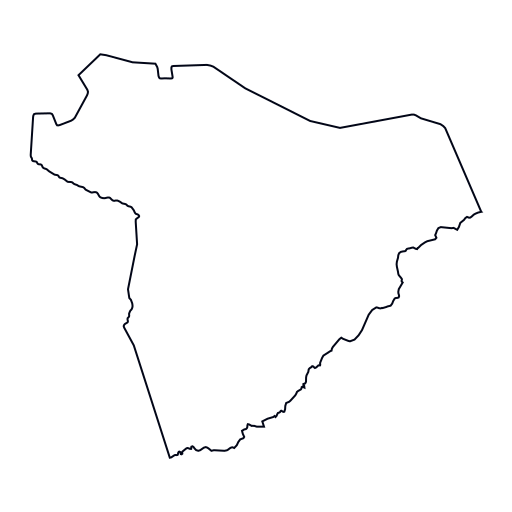 the border of Salamat
{"feature_id": "TCD-1489", "entity_name": "Salamat", "entity_type": "Prefecture", "adm_level": 1, "iso_a3": "TCD", "parent_name": "Chad", "parent_adm1": "", "projection": "mercator", "projection_center": [20.31, 10.611], "detail": "fine", "context": "isolated", "style": "outline", "palette": "ink", "viewbox_px": 512, "rotation_deg": 0, "n_neighbors": 0, "source": "natural_earth", "source_scale": "10m", "svg_char_len": 5199}
<svg xmlns="http://www.w3.org/2000/svg" viewBox="0 0 512 512"><path d="M481.3,211.8L480.8,211.9L478.0,212.6L475.4,213.7L473.8,214.6L471.4,216.8L470.0,217.7L469.0,217.7L467.0,216.9L465.3,218.1L464.0,219.9L460.3,222.9L458.9,227.0L457.2,229.8L453.6,227.9L451.5,228.2L440.8,227.1L438.4,228.1L436.9,230.6L436.0,233.3L435.2,235.1L436.4,237.8L435.1,239.3L427.3,241.2L425.1,242.3L421.1,245.0L418.2,247.9L417.7,248.0L417.1,249.1L415.7,248.8L413.2,247.5L411.9,247.7L409.4,248.4L408.4,248.5L407.0,248.9L406.2,249.8L405.7,250.8L404.9,251.2L403.0,251.4L400.8,251.9L399.1,253.2L398.3,255.2L398.0,257.8L396.9,261.6L396.6,264.2L396.9,266.8L398.0,271.8L398.3,273.9L398.8,275.2L401.0,277.8L401.8,278.9L401.9,279.8L401.6,280.7L401.7,281.5L402.7,282.5L398.8,289.1L398.3,291.8L398.4,293.3L399.0,295.2L399.1,296.2L398.6,297.5L397.3,297.9L395.8,298.0L394.7,298.5L393.2,301.0L392.2,303.6L390.6,305.7L387.3,306.5L386.6,306.9L382.5,308.1L382.0,307.9L380.7,308.4L379.1,308.2L377.5,307.6L376.3,307.4L372.2,310.0L368.7,314.7L362.0,330.1L358.6,335.3L354.5,339.6L350.0,341.3L348.3,340.9L343.0,338.8L341.3,337.7L339.4,339.2L332.9,346.9L331.9,348.7L331.5,350.7L330.5,351.0L323.4,355.6L322.1,357.9L320.2,362.6L320.1,363.1L320.2,364.9L320.0,365.4L319.5,365.4L318.9,365.3L318.4,365.4L316.8,366.9L315.9,367.6L314.9,368.0L314.5,367.7L313.3,366.5L312.7,366.2L312.0,366.3L311.7,366.6L311.5,367.0L311.4,367.2L310.7,367.5L309.8,368.1L309.1,368.8L308.7,369.4L308.3,371.9L306.5,375.4L306.1,377.4L306.0,381.8L305.2,383.4L303.4,384.0L303.4,384.9L304.0,385.5L304.2,385.9L304.4,387.6L302.4,386.7L301.7,387.1L301.5,388.3L300.9,389.4L298.1,391.0L296.9,392.0L296.4,393.4L295.3,395.3L290.4,400.7L289.1,401.8L286.2,403.0L285.3,405.9L285.1,409.2L284.3,411.7L283.5,411.9L282.7,411.6L281.8,411.0L281.2,410.7L280.7,411.0L279.9,412.2L279.4,412.5L277.9,413.0L277.2,414.3L276.6,415.8L275.5,417.0L274.6,416.0L273.3,417.0L267.6,418.7L262.3,421.4L264.0,426.7L257.4,426.7L256.5,426.6L254.4,425.9L251.9,425.8L251.7,425.9L249.0,424.4L247.8,424.2L247.4,425.4L247.3,427.1L246.8,428.3L245.9,429.1L244.3,429.4L242.0,430.8L242.8,433.8L244.2,436.9L243.4,438.2L240.2,439.4L238.3,442.0L236.8,445.2L234.2,448.0L232.6,447.3L231.3,447.5L230.1,448.1L227.7,449.9L226.9,450.3L224.5,450.8L213.9,450.2L211.4,450.8L208.5,448.4L207.0,447.5L205.7,447.1L203.8,447.7L200.2,450.2L198.3,450.8L196.1,450.1L194.6,448.5L193.5,447.0L192.5,446.3L191.4,446.7L191.2,447.6L191.3,448.5L191.2,448.9L190.1,448.9L188.3,448.2L187.3,448.0L186.2,448.5L182.4,451.6L182.1,452.3L182.3,453.1L182.3,453.7L181.6,454.3L180.8,454.1L180.3,452.1L179.3,451.6L178.8,451.8L178.4,452.4L178.1,453.1L178.0,453.9L177.6,454.9L176.6,455.1L175.4,455.0L174.5,455.2L171.2,457.4L169.8,457.7L133.8,345.4L124.2,327.7L123.7,326.2L123.9,325.4L124.3,324.7L124.7,324.2L125.2,323.8L127.4,322.5L127.8,321.9L127.9,321.1L127.6,319.9L127.5,319.0L127.7,318.1L128.5,317.3L129.0,316.6L129.2,315.8L129.1,314.6L129.1,313.6L129.8,311.8L130.1,311.2L130.4,310.6L131.3,309.7L131.7,309.1L132.1,308.2L132.5,306.8L132.5,305.2L132.2,303.3L130.9,299.8L129.3,298.0L128.0,289.3L134.7,255.6L137.1,244.3L135.7,221.7L135.8,219.4L136.8,218.5L138.8,217.0L139.1,216.5L139.1,215.9L138.5,215.0L137.8,214.5L137.1,214.2L136.3,214.0L135.7,213.7L135.1,213.0L134.6,212.1L133.8,210.3L131.9,207.7L131.5,207.2L130.9,206.9L130.2,206.6L128.7,206.3L127.5,205.8L127.4,205.7L126.6,204.8L126.1,204.4L125.4,204.1L124.7,203.9L123.2,203.6L122.4,203.4L121.8,203.1L121.3,202.7L120.8,202.3L119.7,201.6L119.1,201.3L117.8,200.7L117.2,200.5L116.4,200.5L115.7,200.5L114.5,200.8L114.1,200.8L113.5,200.7L112.9,200.5L112.3,200.1L111.8,199.7L110.5,198.4L110.0,197.9L109.4,197.6L108.7,197.5L108.0,197.5L107.3,197.6L105.2,198.1L104.4,198.2L102.8,198.1L101.3,197.7L100.7,197.4L100.1,197.1L99.6,196.6L99.2,196.1L97.9,193.8L97.5,193.3L97.1,192.8L96.5,192.4L95.8,192.2L95.1,192.1L94.3,192.1L92.2,192.5L91.5,192.5L90.8,192.3L85.9,189.8L85.4,189.4L84.2,187.9L83.7,187.6L83.1,187.2L82.4,187.0L80.1,186.5L79.3,186.3L78.7,186.1L77.0,185.0L74.9,184.3L73.7,183.7L73.2,183.3L72.8,182.8L72.3,182.4L71.6,182.2L70.9,182.0L68.5,181.9L67.8,181.8L67.2,181.5L64.7,179.5L63.0,178.5L62.3,178.2L60.0,177.7L59.4,177.4L59.0,176.9L58.7,176.3L58.3,175.8L57.9,175.4L57.2,175.1L54.8,174.7L54.3,174.5L49.1,171.3L47.1,169.6L46.6,169.2L45.3,168.7L44.5,168.5L43.9,168.2L43.3,167.9L42.9,167.4L42.5,166.9L42.0,165.7L41.7,165.1L41.2,164.7L40.6,164.4L39.0,164.3L38.3,164.1L37.8,163.8L37.4,163.3L37.1,162.7L36.8,162.1L36.3,161.7L35.6,161.5L33.1,161.1L32.5,160.7L32.1,160.1L32.0,159.0L31.8,158.2L31.0,156.9L30.8,156.2L30.7,155.0L33.1,117.0L33.4,115.4L34.1,114.1L35.9,113.6L49.9,113.3L50.8,113.5L52.0,114.0L52.8,115.3L56.3,124.1L57.1,125.3L58.3,125.4L59.9,125.0L71.1,120.7L72.9,119.6L74.8,117.8L87.0,95.4L87.7,93.6L88.0,91.8L87.3,89.7L78.5,75.2L100.3,54.3L106.2,55.2L132.6,62.3L155.4,63.7L157.2,67.0L157.7,68.8L158.5,75.9L159.0,77.3L159.6,78.2L160.3,78.4L161.5,78.5L164.9,78.3L170.8,78.5L171.7,78.4L172.3,78.2L172.6,77.6L172.6,76.8L171.4,69.4L171.4,67.7L171.6,66.9L172.0,66.3L173.4,66.0L206.9,64.9L210.5,65.6L213.4,66.7L245.2,88.3L310.2,121.0L340.0,127.9L411.7,114.6L413.9,114.6L415.8,115.3L420.9,118.3L440.5,124.2L443.3,126.1L445.2,128.1L481.2,211.7L481.3,211.8L481.3,211.8Z" fill="none" stroke="#020617" stroke-width="2"/></svg>